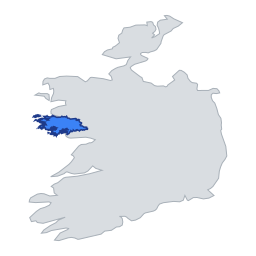 location of Conamara North Lea-4, Galway, Ireland
{"feature_id": "5873133B12097804140145", "entity_name": "Conamara North Lea-4", "entity_type": "district", "adm_level": 2, "iso_a3": "IRL", "parent_name": "Ireland", "parent_adm1": "Galway", "projection": "natural_earth1", "projection_center": [-9.915, 53.454], "detail": "fine", "context": "in_parent", "style": "filled", "palette": "blue", "viewbox_px": 256, "rotation_deg": 0, "n_neighbors": 0, "source": "geoboundaries", "source_scale": "gbopen_adm2", "svg_char_len": 8715}
<svg xmlns="http://www.w3.org/2000/svg" viewBox="0 0 256 256"><path d="M171.1,31.0L164.1,34.7L163.1,36.1L161.1,41.8L160.9,43.4L156.6,49.6L154.1,50.9L150.4,51.9L148.2,52.9L145.6,52.4L142.2,52.5L140.5,53.6L140.6,54.5L141.6,55.5L147.9,58.4L147.6,59.6L145.8,60.9L134.6,64.3L131.3,66.4L130.2,67.7L131.4,70.0L140.4,76.8L141.9,77.5L143.3,81.4L151.2,83.1L154.5,85.6L157.3,86.2L163.4,85.9L165.8,86.9L167.2,86.2L167.9,84.9L174.7,80.0L172.5,76.5L179.3,70.3L181.2,70.4L184.4,72.3L187.1,74.9L188.0,78.4L190.5,81.5L192.2,82.6L196.5,83.2L197.6,84.4L196.9,89.0L197.5,90.5L208.6,90.4L213.1,88.4L216.9,88.7L218.9,90.8L219.7,92.9L216.4,93.6L213.0,93.2L211.3,94.6L211.2,97.2L212.5,100.7L214.8,103.1L216.8,108.5L218.4,114.6L220.9,118.3L221.5,122.8L221.2,125.0L221.7,129.1L220.7,130.5L221.5,134.3L225.8,146.4L226.8,156.0L224.9,159.5L222.3,162.9L220.6,166.9L219.3,171.3L218.6,178.3L212.9,186.5L210.5,188.5L207.7,189.8L214.0,195.5L208.9,198.1L203.4,198.9L197.1,197.5L193.3,197.6L188.4,200.6L187.3,200.1L184.9,195.4L183.3,200.2L179.7,201.8L173.6,201.4L163.4,202.7L159.5,204.1L157.9,206.3L156.7,208.8L155.1,210.3L153.3,211.1L145.4,212.9L143.9,213.7L140.3,217.7L135.5,220.1L131.5,220.8L128.0,218.4L126.5,217.0L124.9,216.3L119.4,216.4L121.2,217.1L122.3,218.8L122.8,222.0L122.2,225.1L119.6,226.7L116.4,227.0L111.4,230.3L104.7,231.1L101.1,234.1L79.1,239.2L77.8,239.3L74.8,238.0L71.5,237.4L68.2,237.8L58.9,240.6L54.5,240.1L60.2,233.0L67.8,229.5L68.6,228.5L66.1,228.0L51.5,230.5L46.5,232.6L41.4,233.2L43.8,230.0L50.3,225.6L55.9,222.7L58.4,220.2L65.2,217.2L43.1,223.3L37.3,222.5L35.9,220.8L31.4,221.6L29.7,217.6L36.4,211.4L40.3,208.7L44.9,207.3L49.4,205.2L51.1,202.7L49.0,201.9L35.6,202.6L29.2,202.0L29.5,200.0L30.7,197.8L37.4,194.1L41.0,193.5L44.1,193.8L49.8,196.0L57.3,195.3L54.2,192.9L53.6,188.0L51.2,186.4L54.3,184.1L57.8,182.7L63.6,178.0L65.7,177.3L77.3,176.2L89.8,173.7L102.1,170.3L95.8,168.4L92.7,165.9L87.9,171.0L84.4,172.9L74.4,174.0L71.3,173.4L66.9,171.8L65.5,172.4L64.2,173.6L57.7,176.1L50.7,176.7L58.8,172.2L68.9,164.4L71.2,162.0L74.4,157.7L73.4,155.9L71.3,154.8L78.7,146.1L81.2,144.5L86.0,144.2L89.4,142.8L90.9,142.8L92.3,142.3L95.3,139.7L90.6,138.1L85.8,137.2L70.9,138.1L68.9,137.9L67.1,137.1L65.9,136.0L65.0,133.0L63.9,132.3L60.5,132.3L57.2,133.2L54.9,133.1L52.6,131.9L56.2,128.8L51.5,128.1L46.8,128.7L42.9,127.8L42.7,125.9L44.5,124.0L42.2,122.2L41.7,119.9L44.2,118.8L46.9,119.2L52.5,117.5L59.6,116.7L53.5,115.0L51.1,113.6L50.9,111.5L51.4,109.6L58.5,106.5L66.0,105.1L65.4,103.0L65.9,100.8L58.4,100.1L50.9,101.7L51.7,97.5L53.5,93.6L53.8,91.1L53.4,88.4L49.9,89.5L49.5,85.7L48.0,83.1L42.8,84.9L43.0,81.4L44.5,79.0L47.2,77.9L49.9,78.4L54.9,78.4L59.7,76.5L66.6,76.1L77.7,76.6L85.3,81.8L87.3,80.9L90.3,77.6L91.8,77.3L103.2,78.7L110.4,80.5L112.3,79.9L111.2,76.4L108.8,73.9L111.8,70.6L115.5,68.4L118.0,67.3L123.8,65.9L126.3,64.6L127.9,60.4L130.6,56.9L116.1,58.8L102.3,54.6L104.5,51.7L107.4,50.0L112.4,48.8L112.8,47.3L115.4,46.0L119.5,42.7L118.0,38.3L118.8,35.2L121.8,33.1L122.7,30.1L124.0,27.9L130.1,27.2L135.9,25.1L145.0,24.9L147.3,25.7L146.8,22.1L151.0,21.6L152.7,22.3L153.5,24.9L155.4,26.5L156.0,29.3L154.8,31.5L152.6,33.2L154.6,34.9L151.6,38.0L154.9,36.7L159.6,33.6L159.3,31.1L158.5,28.0L157.1,25.2L157.7,22.1L160.3,20.2L167.3,19.2L164.4,15.7L166.9,15.4L169.7,16.1L173.8,18.8L182.5,22.7L178.3,26.1L173.2,28.5L171.1,31.0ZM49.3,98.9L49.1,100.5L45.8,98.4L44.2,96.2L35.0,95.1L38.9,92.9L40.7,93.6L47.2,93.6L49.0,94.6L49.3,98.9Z" fill="#d9dde1" stroke="#a8b0b8" stroke-width="1"/><path d="M81.4,123.9L81.5,122.8L79.5,121.9L79.0,120.4L79.2,120.0L78.2,120.1L78.4,119.5L78.1,119.5L77.6,120.3L76.8,120.4L76.1,120.0L76.5,119.1L75.8,118.5L70.4,119.1L69.0,118.2L67.5,118.1L66.6,116.2L65.7,117.0L64.5,116.6L62.9,116.9L61.9,116.2L60.7,117.2L56.7,117.4L52.8,115.5L52.4,115.5L53.8,116.2L53.8,116.4L51.6,116.1L51.3,116.4L51.9,116.6L50.0,117.1L47.1,116.3L44.8,116.4L45.0,117.3L45.9,118.2L48.7,118.6L47.0,119.5L47.9,119.3L49.1,119.7L47.9,119.5L47.4,119.9L47.8,120.1L46.9,120.2L46.0,119.3L46.5,118.9L42.0,118.3L41.2,118.5L42.7,119.6L40.1,118.9L39.9,119.3L40.1,119.7L39.1,119.2L37.9,120.2L40.4,120.3L40.9,121.4L45.0,122.1L44.2,122.6L41.9,121.6L40.8,121.6L42.3,122.1L40.7,121.9L42.1,123.0L44.8,123.7L46.0,123.5L44.9,123.9L46.0,124.2L46.2,124.7L43.2,123.4L42.5,123.9L43.4,124.3L42.9,124.6L45.4,125.1L44.4,125.1L44.2,126.1L43.6,126.3L43.2,125.8L42.9,125.8L43.4,126.3L43.0,126.4L42.6,125.6L40.9,125.3L40.7,126.1L40.1,126.1L38.7,128.0L40.1,127.3L41.6,128.5L42.0,127.7L43.1,127.7L43.1,128.1L43.9,127.2L45.4,128.0L45.6,129.4L48.4,129.5L48.6,129.8L48.0,130.0L48.9,130.4L49.2,130.2L48.7,130.1L49.0,129.7L50.7,129.3L50.6,128.2L51.4,127.2L52.1,127.0L51.6,127.3L52.2,127.7L53.5,126.8L53.3,126.8L52.8,126.4L54.3,126.8L54.8,127.1L53.8,126.9L53.4,127.2L53.8,127.4L53.2,127.3L53.3,127.7L52.1,127.8L52.3,128.9L53.1,129.2L53.2,128.5L53.6,128.3L53.5,128.9L53.9,128.8L54.0,128.2L55.5,127.4L56.1,127.7L55.0,128.2L56.7,128.1L55.9,128.9L56.9,129.1L55.7,129.3L55.1,130.1L54.5,129.7L52.0,130.4L51.9,130.8L52.2,130.8L51.8,131.3L52.5,131.0L52.6,131.3L51.2,132.9L52.8,133.6L53.1,132.5L53.5,133.2L54.3,132.9L54.9,133.8L55.3,133.7L55.0,133.1L55.3,133.0L55.4,133.8L56.9,134.2L56.8,134.6L57.2,134.8L57.2,134.2L59.1,133.8L59.0,132.9L60.1,132.4L59.9,131.9L60.7,131.1L60.0,131.1L59.9,130.9L62.0,130.3L62.5,129.1L63.5,129.2L62.9,130.2L63.7,129.7L64.0,130.0L63.4,130.0L63.8,130.8L62.9,131.2L64.0,131.6L62.0,132.0L63.9,132.6L65.3,132.1L64.4,131.6L64.9,131.4L65.1,130.4L64.4,129.7L66.1,129.8L66.0,129.5L66.1,129.4L65.5,129.3L66.7,128.5L67.6,128.3L66.7,128.5L67.3,129.0L66.4,128.9L66.1,129.5L66.6,129.3L67.3,129.6L67.5,129.9L66.2,129.8L65.2,130.1L65.1,130.6L65.8,131.3L66.0,130.8L66.0,131.7L66.3,131.4L67.4,131.8L66.6,132.7L67.3,133.1L66.9,134.4L67.2,134.6L69.0,133.5L70.0,131.8L70.8,131.7L70.9,130.7L72.1,131.6L73.2,130.8L73.3,130.0L74.4,131.0L75.0,131.0L76.2,130.7L76.2,129.9L77.2,129.7L77.6,130.2L79.2,130.4L79.4,130.9L81.1,129.6L82.8,130.2L83.2,129.7L84.6,130.0L85.2,129.3L87.4,129.3L87.5,128.4L86.7,128.0L86.6,127.2L83.8,127.1L82.4,126.0L80.4,125.7L80.1,124.5L81.4,123.9ZM37.7,115.4L36.9,115.1L36.5,115.8L35.9,115.2L35.3,115.6L38.3,116.6L39.1,115.9L38.5,115.7L38.9,115.1L37.9,114.8L37.7,115.4ZM52.1,128.9L51.2,128.4L51.7,128.2L51.6,127.6L51.1,127.7L51.1,128.4L51.4,129.0L51.2,129.1L51.2,129.8L52.0,129.7L51.4,129.0L52.1,128.9ZM33.4,116.8L35.2,116.5L34.0,115.9L33.4,116.8ZM53.8,133.7L52.7,134.0L53.7,134.3L53.7,134.8L54.3,135.0L53.8,133.7ZM40.3,121.2L39.6,120.5L38.8,120.7L39.5,121.4L40.3,121.2ZM62.3,133.2L61.3,133.0L61.2,133.3L61.4,133.5L62.3,133.2ZM56.0,134.4L55.3,134.4L55.0,135.0L56.0,134.4ZM40.8,122.7L39.8,122.8L40.9,122.8L40.8,122.7ZM48.1,132.6L48.2,133.1L48.6,132.7L48.1,132.6ZM40.1,122.4L40.1,121.9L39.8,122.3L40.1,122.4ZM50.4,129.9L50.1,130.5L50.5,130.2L50.4,129.9ZM65.7,131.7L65.2,131.7L65.4,132.1L65.7,131.7ZM52.0,134.5L52.4,134.2L51.7,134.4L52.0,134.5ZM35.8,120.0L35.4,119.9L35.1,120.3L35.8,120.0ZM62.6,131.1L62.1,131.4L62.8,131.2L62.6,131.1ZM37.4,121.2L36.7,121.4L37.6,121.4L37.4,121.2ZM39.0,116.2L39.3,116.4L39.9,116.2L39.7,116.1L39.0,116.2ZM62.1,131.4L61.7,131.2L61.5,131.3L61.6,131.5L62.1,131.4ZM54.1,133.5L54.5,133.9L54.6,133.7L54.1,133.5ZM40.5,115.4L41.2,115.3L40.4,115.4L40.5,115.4ZM47.3,115.8L47.0,115.5L46.7,115.4L47.3,115.8ZM65.3,131.5L65.4,131.2L65.0,131.2L65.3,131.5ZM50.4,134.1L50.7,133.9L50.3,133.9L50.4,134.1ZM45.2,118.4L44.8,118.1L44.8,118.3L45.2,118.4ZM51.4,131.2L51.1,131.4L51.5,131.3L51.4,131.2ZM56.3,136.0L56.4,135.7L56.2,135.8L56.3,136.0ZM36.6,128.7L36.3,128.5L36.6,128.7ZM54.7,128.7L54.9,128.9L55.0,128.7L54.7,128.7ZM47.4,119.1L47.5,118.9L47.1,118.9L47.4,119.1ZM43.9,116.5L44.2,116.4L43.8,116.4L43.9,116.5ZM35.2,117.3L35.0,117.1L35.0,117.3L35.2,117.3ZM37.4,116.4L37.3,116.5L37.5,116.5L37.4,116.4ZM36.7,120.0L36.4,119.9L36.4,120.0L36.7,120.0ZM39.2,126.6L38.9,126.7L39.2,126.6ZM39.7,126.1L40.1,126.0L40.0,125.9L39.9,125.9L39.7,126.1ZM55.8,128.6L55.5,128.8L55.8,128.6ZM54.9,135.7L55.0,135.9L55.0,135.7L54.9,135.7ZM44.9,128.4L45.1,128.7L44.9,128.4ZM41.3,128.7L41.5,128.8L41.4,128.7L41.3,128.7ZM52.2,115.3L52.6,115.4L52.8,115.3L52.6,115.3L52.2,115.3ZM62.6,130.7L62.4,130.8L62.4,131.0L62.6,130.7ZM61.8,131.0L61.6,131.1L61.8,131.2L61.8,131.0ZM40.7,128.3L40.9,128.5L40.9,128.3L40.7,128.3ZM37.8,128.4L37.6,128.6L37.9,128.4L37.8,128.4ZM39.3,126.4L39.1,126.3L39.3,126.4ZM46.2,116.0L46.4,116.0L46.1,116.0L46.2,116.0ZM55.5,129.0L55.3,129.1L55.5,129.0ZM38.4,128.1L38.7,128.1L38.4,128.1ZM51.6,130.2L51.7,130.4L51.8,130.3L51.6,130.2ZM61.2,132.8L61.3,132.6L61.1,132.7L61.2,132.8ZM51.8,131.5L52.0,131.6L51.8,131.5ZM53.7,133.4L53.8,133.6L54.0,133.4L53.7,133.4ZM47.4,115.9L47.6,115.9L47.4,115.9L47.4,115.9ZM55.0,129.1L54.9,129.0L55.0,129.1ZM61.0,132.5L60.8,132.6L61.0,132.6L61.0,132.5ZM39.8,126.0L39.6,126.0L39.8,126.0Z" fill="#3b82f6" stroke="#1e3a8a" stroke-width="1.5"/></svg>